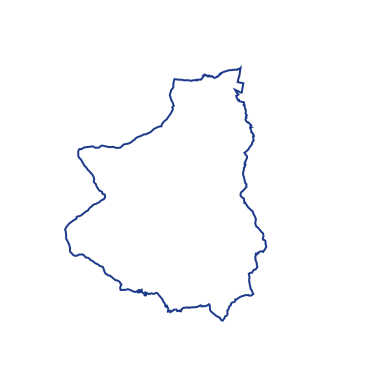 outline of Bretcu, Covasna, Romania, rotated 131°
{"feature_id": "2599482B63813155065501", "entity_name": "Bretcu", "entity_type": "district", "adm_level": 2, "iso_a3": "ROU", "parent_name": "Romania", "parent_adm1": "Covasna", "projection": "orthographic", "projection_center": [26.35, 46.045], "detail": "fine", "context": "isolated", "style": "outline", "palette": "blue", "viewbox_px": 384, "rotation_deg": 131, "n_neighbors": 0, "source": "geoboundaries", "source_scale": "gbopen_adm2", "svg_char_len": 6014}
<svg xmlns="http://www.w3.org/2000/svg" viewBox="0 0 384 384"><g transform="rotate(131 192 192)"><path d="M303.4,263.3L304.9,261.1L307.5,258.3L309.7,256.5L311.3,252.3L312.4,250.1L314.4,247.2L316.4,245.6L317.1,244.7L317.1,243.0L317.5,240.8L317.4,239.7L316.8,238.2L315.5,237.0L313.2,236.1L311.4,234.2L310.9,233.4L310.7,232.1L311.1,229.2L309.9,227.4L309.7,226.6L309.6,225.5L309.9,223.7L309.3,221.9L309.2,218.4L308.3,215.3L308.3,213.3L307.1,210.1L307.2,209.6L309.4,206.0L310.3,203.7L310.0,202.0L310.0,200.7L308.9,198.8L308.8,192.5L308.7,191.7L308.1,191.0L307.5,189.5L307.3,187.3L308.0,186.0L307.9,185.0L308.1,184.6L311.0,183.7L312.5,182.2L312.7,181.8L312.7,181.3L311.2,180.1L310.0,178.4L307.5,176.7L306.7,175.0L305.5,170.8L304.3,168.8L300.9,167.8L300.4,167.1L300.7,166.7L301.4,166.4L302.9,166.9L303.1,166.7L302.9,166.3L301.2,165.2L299.3,166.0L298.8,165.8L299.8,164.8L300.2,164.0L300.4,162.8L300.1,161.5L301.0,160.1L300.8,159.3L300.2,159.0L298.8,159.6L298.5,160.3L298.7,161.2L298.4,161.4L297.8,159.8L297.4,157.5L295.2,156.3L294.1,154.1L291.5,152.7L291.1,152.1L292.5,143.5L293.4,142.1L294.0,139.4L295.9,136.8L295.7,136.3L294.5,136.6L294.2,136.5L294.2,136.2L294.9,135.4L295.6,133.6L296.2,132.8L298.2,131.8L298.2,131.6L296.0,130.4L296.7,129.4L293.8,128.5L292.9,128.6L290.9,126.6L291.6,125.0L291.3,124.5L290.3,124.2L289.6,123.5L289.9,123.1L289.2,122.0L287.3,122.9L285.1,122.5L282.0,119.6L281.6,118.5L280.2,117.5L276.4,113.6L275.3,112.7L271.7,111.0L272.2,109.9L271.8,109.3L270.7,108.7L270.0,107.5L267.2,105.9L265.5,105.5L266.0,104.1L269.0,101.2L269.6,99.9L269.7,98.1L269.6,92.1L268.7,89.0L268.6,88.4L269.4,86.8L269.4,85.3L269.1,84.7L268.7,84.4L267.4,84.7L266.4,84.6L264.4,85.4L262.3,84.7L261.7,84.7L260.8,85.2L258.4,87.5L256.3,87.6L254.2,88.7L251.8,88.5L250.2,89.4L249.3,89.2L247.0,87.9L245.5,87.9L244.8,88.7L244.5,88.2L239.8,86.9L237.6,85.8L237.4,85.5L235.7,84.6L234.3,83.6L234.1,83.1L232.8,82.0L232.9,81.4L231.6,79.5L228.7,78.8L227.8,81.2L227.4,81.5L226.5,84.5L225.6,85.3L224.1,87.6L223.1,88.5L222.4,89.8L222.0,89.9L221.0,91.1L218.4,92.9L216.5,95.5L214.9,95.0L213.3,93.7L211.1,94.3L209.8,94.1L209.4,93.6L208.3,93.2L205.8,93.4L205.3,93.8L204.8,95.0L203.4,96.2L201.8,99.0L201.5,99.8L200.5,100.4L199.7,101.5L198.7,102.1L197.8,102.2L197.4,102.8L196.5,103.4L196.3,103.1L196.6,102.7L196.6,102.4L195.5,102.0L195.1,101.7L194.5,102.3L192.5,101.6L191.6,101.0L190.6,100.0L190.6,99.3L190.4,98.9L189.5,99.2L187.0,99.3L186.1,99.8L185.0,99.8L184.1,100.5L182.7,102.8L181.7,103.3L180.8,104.6L180.7,105.0L180.8,106.0L181.3,107.0L180.9,107.9L178.5,109.0L176.6,111.2L176.5,113.8L175.6,118.8L175.9,120.8L174.4,123.5L170.4,126.1L169.1,128.8L168.3,130.9L167.8,131.5L167.7,132.2L167.2,132.7L166.7,134.0L166.9,135.9L166.7,137.3L166.8,139.3L165.8,142.7L165.6,144.5L165.0,144.9L165.1,145.4L165.6,145.6L162.8,148.6L163.2,150.6L163.1,152.6L162.9,152.9L161.3,154.3L159.7,154.7L158.3,154.4L155.1,154.2L152.2,154.3L151.6,155.4L150.4,155.9L150.2,157.7L149.2,159.3L148.6,159.9L146.3,163.2L145.6,164.7L144.3,165.8L141.4,167.4L139.4,168.8L138.7,168.7L136.5,169.5L136.8,170.3L135.0,171.1L135.1,171.4L130.1,172.9L129.1,173.8L128.1,178.1L123.5,177.4L119.0,178.0L117.0,178.0L113.8,179.5L113.0,179.1L111.8,180.1L110.5,182.1L109.1,181.9L108.9,182.4L109.0,182.9L108.1,183.7L108.2,184.4L107.9,184.7L107.7,186.1L108.0,186.3L107.8,186.6L107.5,186.6L107.3,187.2L106.8,187.6L105.5,189.9L105.1,190.1L104.7,189.9L105.0,190.5L104.1,190.8L104.0,191.0L102.9,190.8L102.5,195.1L102.9,195.2L103.0,196.6L102.7,198.4L102.4,199.0L101.6,199.6L100.0,199.7L99.8,200.8L98.1,201.0L97.7,202.9L94.7,205.2L94.5,206.1L94.1,206.9L91.9,209.5L92.5,209.9L92.5,210.2L91.5,210.5L90.2,211.6L91.0,213.0L92.5,216.1L91.8,216.8L92.6,217.4L90.6,221.7L88.0,220.9L87.6,223.6L86.6,226.5L85.4,222.4L85.1,220.8L84.4,219.7L76.2,224.6L79.1,229.6L76.6,231.1L73.2,232.5L66.5,236.8L68.6,236.9L68.7,237.9L69.8,238.0L70.4,238.5L73.0,241.4L73.8,241.8L75.5,243.7L80.3,246.7L83.5,248.2L83.8,247.8L84.6,248.4L84.9,247.9L85.2,247.9L86.5,248.4L87.0,248.1L87.8,248.5L88.2,248.4L88.4,248.8L89.4,248.9L91.2,250.0L91.4,250.7L91.3,251.2L91.5,251.8L91.3,252.2L91.4,252.9L91.7,253.3L92.4,253.4L92.6,254.2L92.9,254.2L93.1,254.6L92.8,255.4L93.3,255.6L93.9,255.5L93.9,255.9L94.5,256.1L94.6,256.6L94.4,256.9L94.3,257.4L94.5,258.0L95.1,258.4L94.9,259.0L95.1,259.5L95.9,259.2L96.2,259.6L96.6,259.4L97.1,259.9L97.5,259.4L98.0,259.2L99.8,258.8L100.6,259.1L101.2,258.9L101.5,259.1L101.7,259.7L103.3,260.9L103.5,261.3L104.2,261.2L104.8,262.0L104.7,262.6L105.3,262.8L106.0,263.3L106.3,264.0L108.5,265.4L110.1,268.2L111.1,269.2L113.1,271.6L113.9,273.4L114.9,274.3L118.4,279.3L119.7,278.8L123.3,276.6L123.9,275.7L124.7,275.1L126.7,274.5L128.7,274.6L130.2,273.8L133.1,272.6L133.8,271.9L134.4,270.6L136.0,268.4L136.2,267.4L136.6,266.8L137.3,265.0L138.7,262.8L138.9,262.3L140.9,262.5L141.7,261.1L142.3,260.6L146.9,259.5L153.6,258.8L156.9,259.4L160.1,259.3L161.5,258.8L162.4,258.1L164.4,259.9L169.3,262.1L173.3,262.4L176.5,263.5L177.3,264.2L179.0,264.8L180.0,266.1L183.9,267.6L185.9,269.0L188.6,269.8L190.4,269.6L192.2,270.3L194.9,270.7L197.3,271.9L200.9,274.7L205.3,275.2L205.8,275.4L207.6,277.1L208.6,278.6L210.0,281.7L211.4,282.7L213.0,284.9L215.9,290.3L216.7,290.9L218.4,291.1L219.9,291.6L222.0,294.0L222.7,296.8L223.2,297.5L224.0,298.0L229.0,302.5L232.6,303.8L232.8,304.5L233.6,305.2L235.7,304.7L236.5,304.1L239.3,301.6L240.2,299.7L240.3,297.3L242.8,290.2L242.9,288.9L242.7,288.2L243.0,287.5L243.6,285.1L243.8,281.6L244.2,280.5L244.0,279.6L244.8,276.9L245.0,276.3L245.5,275.8L246.1,274.6L246.8,274.0L248.1,273.4L248.7,272.6L249.0,271.7L249.1,269.7L250.4,267.7L251.7,263.0L251.7,262.6L251.1,261.1L251.0,259.7L251.9,258.7L252.0,257.9L251.9,257.4L251.2,256.5L251.2,256.2L252.5,254.6L253.5,253.9L254.9,254.0L255.6,253.8L256.4,254.4L258.7,255.2L260.5,255.1L262.1,256.1L264.0,256.6L265.5,257.7L267.7,258.4L268.5,258.1L269.6,258.5L270.9,258.7L272.7,258.7L274.1,258.4L276.9,259.4L282.2,260.3L283.8,261.0L286.2,262.7L286.9,262.6L288.2,261.7L290.6,262.7L296.3,264.0L300.4,263.9L303.4,263.3Z" fill="none" stroke="#1e3a8a" stroke-width="2"/></g></svg>